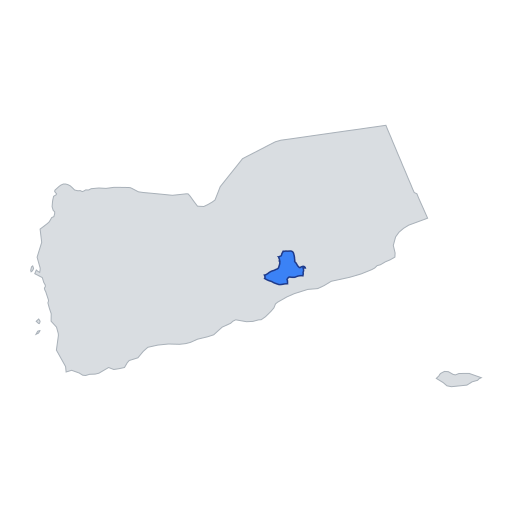 Ghayl bin Yamin, Hadramawt, Yemen shown in context
{"feature_id": "15242507B14142255130537", "entity_name": "Ghayl bin Yamin", "entity_type": "district", "adm_level": 2, "iso_a3": "YEM", "parent_name": "Yemen", "parent_adm1": "Hadramawt", "projection": "mercator", "projection_center": [49.287, 15.382], "detail": "fine", "context": "in_parent", "style": "filled", "palette": "blue", "viewbox_px": 512, "rotation_deg": 0, "n_neighbors": 0, "source": "geoboundaries", "source_scale": "gbopen_adm2", "svg_char_len": 7802}
<svg xmlns="http://www.w3.org/2000/svg" viewBox="0 0 512 512"><path d="M427.6,218.2L408.6,225.2L403.6,228.3L399.0,232.2L395.6,236.9L393.3,245.4L395.1,253.0L394.9,257.1L390.0,259.9L385.4,261.8L380.3,264.8L377.2,265.6L374.7,268.0L371.8,269.6L361.2,273.9L349.6,277.3L331.2,281.3L324.1,285.6L317.7,288.6L307.8,289.4L294.4,293.6L286.9,296.9L277.6,302.2L275.5,303.9L273.9,307.9L271.0,311.3L265.4,316.8L261.2,319.7L258.4,319.9L252.9,321.4L246.5,321.7L235.7,319.8L232.9,321.2L230.6,323.3L222.2,327.1L213.7,334.8L207.5,336.8L197.5,339.2L190.4,342.4L185.7,343.6L179.6,344.3L168.4,344.0L157.7,345.1L147.8,347.3L143.2,351.4L137.9,357.8L129.2,360.5L127.2,362.8L124.5,367.5L118.9,368.7L113.8,369.5L108.6,367.5L98.9,373.2L95.2,374.1L89.6,374.3L85.6,375.5L82.7,375.2L79.2,373.0L71.6,370.3L66.1,372.0L65.6,366.6L56.4,350.1L58.4,335.6L58.3,333.6L56.5,327.1L51.1,321.2L51.2,313.7L49.4,308.4L47.9,302.9L48.4,301.4L48.5,300.1L45.7,291.6L44.8,289.9L44.4,288.1L45.3,286.7L45.3,285.1L43.8,282.5L42.3,277.6L34.8,273.7L36.3,270.0L37.8,271.3L39.7,272.4L40.1,270.0L40.2,268.2L37.1,257.2L41.7,242.4L40.1,229.1L47.2,223.7L49.0,222.1L50.0,220.6L51.7,217.6L53.9,216.6L54.7,213.4L54.7,211.8L53.2,210.4L52.1,206.7L52.5,201.9L52.8,199.9L53.6,196.3L56.0,194.9L56.6,193.9L54.7,191.6L54.9,190.2L59.1,186.4L60.7,185.2L63.4,184.0L65.6,184.0L68.0,184.7L70.2,185.8L72.3,187.7L74.6,190.0L78.0,190.8L80.3,190.6L82.2,191.6L83.9,191.0L85.7,189.9L88.6,190.0L91.2,188.7L98.7,188.0L106.0,188.4L113.5,187.4L121.0,187.4L128.6,187.5L130.3,187.7L131.9,188.4L138.4,191.8L143.2,192.5L153.0,193.4L163.4,194.4L172.4,195.3L180.0,194.5L186.4,193.8L188.1,193.9L190.0,196.0L193.8,201.3L197.5,206.2L203.8,206.5L207.8,204.6L212.3,202.0L215.0,200.0L218.2,191.9L220.2,186.7L224.9,180.8L228.8,175.9L234.0,169.4L236.9,165.8L242.5,158.7L247.9,155.9L258.4,150.5L268.6,145.2L275.3,141.8L280.9,140.2L290.5,138.9L301.7,137.3L312.8,135.7L324.7,134.0L338.0,132.1L347.1,130.8L358.8,129.2L368.4,127.8L377.0,126.6L385.9,125.3L387.5,129.3L389.2,133.3L390.9,137.2L392.5,141.2L394.2,145.2L395.9,149.2L397.5,153.1L399.2,157.1L400.9,161.0L402.5,165.0L404.2,168.9L405.9,172.9L407.5,176.8L409.2,180.8L410.9,184.7L412.5,188.7L414.2,192.5L416.9,193.8L418.4,197.5L420.7,202.7L423.0,207.8L425.3,213.0L427.6,218.2ZM453.1,374.4L455.4,374.9L459.0,373.5L469.1,373.4L481.3,377.7L479.0,378.8L477.6,380.3L472.2,381.8L466.9,385.1L451.4,386.7L446.9,385.8L443.2,382.6L436.3,378.4L439.0,375.8L439.6,374.6L440.6,373.4L444.5,371.4L448.4,371.7L453.1,374.4ZM39.7,322.8L39.2,323.6L38.5,323.4L36.2,321.3L38.7,319.0L40.1,321.2L39.7,322.8ZM32.3,270.9L31.1,271.8L30.7,270.3L31.5,266.9L32.7,265.9L33.6,268.4L33.0,269.8L32.3,270.9ZM38.5,333.1L36.0,334.3L37.7,331.2L39.5,330.6L40.0,330.7L38.5,333.1Z" fill="#d9dde1" stroke="#a8b0b8" stroke-width="1"/><path d="M302.9,275.8L302.9,275.7L302.9,275.4L303.0,275.1L303.0,274.9L303.1,274.6L303.2,274.3L303.2,274.2L303.2,273.7L303.2,273.4L303.2,273.1L303.1,272.9L303.1,272.3L303.4,271.4L303.6,270.8L303.5,269.5L303.1,268.0L303.4,268.0L303.8,268.0L304.1,267.9L304.3,267.9L304.7,267.9L305.0,267.9L305.2,268.0L305.3,268.0L305.1,267.4L304.7,267.0L304.1,266.5L303.3,266.3L302.6,266.4L301.1,266.9L300.1,267.6L299.6,267.6L299.4,267.5L299.3,267.4L299.2,267.4L298.9,267.1L298.6,266.8L298.4,266.6L298.2,266.4L298.0,266.2L297.8,266.0L297.7,265.8L297.6,265.6L297.4,265.3L297.2,265.1L297.1,264.8L296.9,264.6L296.8,264.4L296.7,264.1L296.6,263.9L296.4,263.7L296.2,263.3L296.1,263.1L295.9,262.9L295.8,262.7L295.7,262.6L295.5,262.4L295.3,262.2L295.2,262.1L295.0,261.9L294.9,261.8L294.8,261.7L294.6,261.4L294.6,261.2L294.7,260.7L294.8,260.4L294.7,260.1L294.7,259.9L294.7,259.5L294.6,259.2L294.6,258.8L294.5,258.6L294.5,258.1L294.5,257.8L294.5,257.4L294.4,257.2L294.4,256.8L294.3,256.5L294.3,256.3L294.3,256.2L294.2,256.0L294.2,255.7L294.1,255.3L294.0,255.0L293.9,254.7L293.8,254.3L293.8,254.1L293.7,253.8L293.6,253.5L293.5,253.2L293.4,252.9L293.2,252.6L293.1,252.4L292.9,252.1L292.7,251.9L292.5,251.7L292.3,251.6L292.2,251.5L292.0,251.4L291.7,251.3L291.5,251.2L291.4,251.2L291.2,251.1L290.9,251.0L290.6,251.0L290.4,251.0L290.1,251.0L289.7,251.0L289.4,251.1L289.1,251.1L288.9,251.1L288.6,251.1L288.4,251.1L288.1,251.2L287.8,251.2L287.6,251.2L287.2,251.1L286.7,251.1L286.4,251.1L286.1,251.1L285.8,251.1L285.5,251.1L285.2,251.1L284.7,251.2L284.3,251.3L284.0,251.3L283.9,251.3L283.7,251.2L283.4,251.2L283.1,251.2L283.0,251.4L282.9,251.7L282.9,252.0L282.7,252.2L282.6,252.4L282.4,252.7L282.3,252.8L282.2,253.0L282.0,253.5L281.9,253.7L281.7,254.0L281.7,254.3L281.6,254.6L281.6,254.9L281.5,255.1L281.4,255.4L281.3,255.6L281.1,255.8L280.8,256.0L280.6,256.1L280.3,256.2L280.1,256.3L279.8,256.4L279.6,256.5L279.3,256.6L279.1,256.7L278.9,256.9L278.6,256.9L278.7,257.0L278.7,257.3L278.8,257.7L278.9,258.0L279.0,258.3L279.1,258.5L279.3,258.8L279.4,259.1L279.4,259.3L279.5,259.8L279.6,260.2L279.8,260.5L280.0,260.6L279.9,260.6L279.9,260.8L279.5,260.8L279.3,260.8L279.2,260.9L279.2,261.0L279.3,261.1L279.6,261.5L279.8,261.9L279.8,262.2L279.8,262.6L279.8,263.4L279.7,263.5L279.7,264.0L279.6,264.3L279.6,264.5L279.5,264.8L279.4,264.9L279.4,265.0L279.3,265.4L279.2,265.6L279.1,266.0L278.9,266.6L278.8,266.9L278.7,267.2L278.5,267.7L278.4,267.9L278.3,268.1L278.1,268.3L277.9,268.5L277.6,268.7L277.4,268.9L277.1,269.0L276.8,269.1L276.6,269.2L276.3,269.3L276.0,269.4L275.6,269.6L275.4,269.7L275.1,269.9L274.9,270.0L274.5,270.1L274.2,270.3L273.7,270.5L273.2,270.6L272.9,270.7L272.6,270.8L272.3,270.9L272.0,271.0L271.7,271.1L271.4,271.2L271.1,271.4L270.8,271.5L270.7,271.6L270.2,271.9L269.9,272.0L269.7,272.2L269.4,272.3L269.2,272.5L268.7,272.8L268.5,273.0L268.3,273.2L268.0,273.4L267.8,273.6L267.5,273.7L267.3,273.8L267.2,273.9L267.1,274.0L266.8,274.2L266.5,274.4L266.3,274.5L266.2,274.6L265.8,274.7L265.4,274.9L265.1,275.0L264.8,275.0L264.5,275.1L264.4,275.1L264.5,275.4L264.6,275.6L264.7,275.9L264.8,276.1L264.9,276.4L265.0,276.7L265.0,276.9L265.0,277.0L265.0,277.3L265.0,277.6L264.9,277.8L264.9,278.0L264.7,278.3L264.6,278.5L264.9,278.6L265.2,278.8L265.6,279.0L265.8,279.1L266.0,279.3L266.3,279.4L266.6,279.6L266.8,279.7L267.2,279.9L267.9,280.2L268.1,280.3L268.5,280.5L268.8,280.6L269.1,280.7L269.4,280.8L269.6,280.9L269.8,280.9L270.1,281.0L270.4,281.1L270.5,281.1L271.0,281.3L271.6,281.5L271.9,281.6L272.0,281.7L272.1,281.8L272.4,281.9L272.7,282.1L273.0,282.3L273.3,282.5L273.6,282.6L273.8,282.7L273.9,282.8L274.1,282.8L274.3,282.9L274.7,283.1L274.9,283.2L275.2,283.3L275.3,283.3L275.7,283.5L275.9,283.5L276.2,283.6L276.5,283.7L276.8,283.9L277.0,284.0L277.3,284.0L277.6,284.1L277.8,284.2L278.1,284.3L278.4,284.4L278.5,284.4L278.7,284.5L279.1,284.6L279.3,284.6L279.6,284.6L279.9,284.6L280.0,284.6L280.5,284.6L280.8,284.5L281.1,284.5L281.4,284.5L281.7,284.4L282.0,284.4L282.3,284.3L282.6,284.3L282.8,284.3L283.1,284.2L283.4,284.1L283.7,284.1L283.9,284.0L284.1,284.0L284.5,283.9L285.0,283.9L285.4,283.8L285.5,283.8L285.8,283.8L286.2,283.8L286.4,283.8L286.7,283.8L287.0,283.8L287.5,283.7L287.4,283.5L287.4,283.3L287.4,283.0L287.5,282.7L287.6,282.2L287.6,281.9L287.5,281.7L287.4,281.5L287.4,281.3L287.4,281.2L287.5,280.9L287.5,280.7L287.4,280.4L287.3,280.2L287.2,280.1L287.1,279.9L287.0,279.7L287.0,279.4L287.1,279.2L287.3,278.9L287.5,278.6L287.7,278.3L287.9,278.1L288.1,277.8L288.4,277.6L288.6,277.4L288.8,277.3L289.0,277.1L289.3,277.1L289.6,277.0L289.8,277.0L290.2,277.1L290.5,277.1L290.8,277.2L291.1,277.2L291.4,277.2L291.7,277.3L292.0,277.3L292.3,277.3L292.7,277.3L292.9,277.3L293.2,277.3L293.6,277.3L293.8,277.3L294.2,277.3L294.5,277.3L294.8,277.2L295.0,277.2L295.3,277.1L295.5,277.0L295.9,276.8L296.2,276.7L296.5,276.6L297.0,276.4L297.3,276.3L297.7,276.2L297.9,276.1L298.2,276.0L298.4,276.0L298.8,275.9L299.1,275.9L299.4,275.8L299.8,275.7L300.2,275.7L300.6,275.7L301.1,275.6L301.8,275.7L302.1,275.7L302.3,275.7L302.6,275.7L302.8,275.8L302.9,275.8Z" fill="#3b82f6" stroke="#1e3a8a" stroke-width="1.5"/></svg>